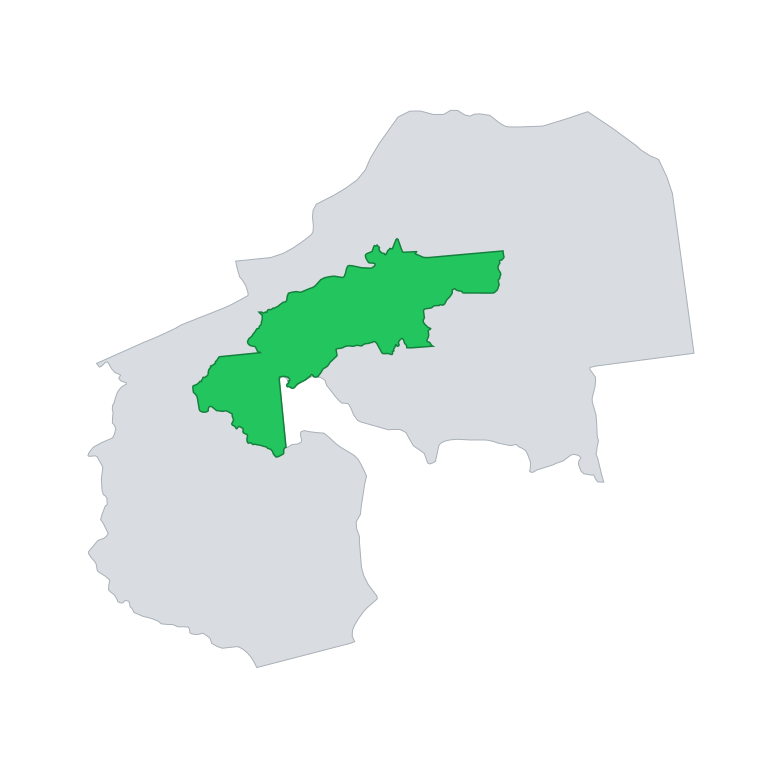 Central highlighted on a map of Zambia, rotated 174°
{"feature_id": "ZMB-516", "entity_name": "Central", "entity_type": "Province", "adm_level": 1, "iso_a3": "ZMB", "parent_name": "Zambia", "parent_adm1": "", "projection": "orthographic", "projection_center": [28.771, -13.872], "detail": "fine", "context": "in_parent", "style": "filled", "palette": "green", "viewbox_px": 768, "rotation_deg": 174, "n_neighbors": 0, "source": "natural_earth", "source_scale": "10m", "svg_char_len": 9803}
<svg xmlns="http://www.w3.org/2000/svg" viewBox="0 0 768 768"><g transform="rotate(174 384 384)"><path d="M518.7,521.7L483.6,521.6L470.9,524.4L460.4,528.7L447.9,535.5L440.6,540.2L438.7,542.8L437.7,548.6L437.7,557.6L436.4,564.0L432.6,569.9L413.8,577.1L401.4,582.9L389.3,589.9L380.2,598.8L374.0,609.9L363.7,623.6L342.2,648.0L329.8,652.7L319.3,651.7L306.5,646.8L296.4,645.9L289.0,649.2L282.1,648.3L275.7,643.2L270.4,641.4L266.1,642.9L260.7,642.7L250.6,640.1L241.8,631.5L237.0,628.0L233.4,626.7L223.0,625.5L199.1,623.9L174.5,628.7L152.9,633.5L130.3,614.7L108.4,594.8L103.8,589.7L95.5,583.1L89.6,579.9L87.3,578.3L81.0,560.2L77.3,543.5L72.5,382.2L171.2,379.7L177.5,378.9L177.8,377.2L173.0,368.7L173.2,365.6L174.3,359.7L178.5,348.0L178.7,344.1L176.4,331.4L176.5,324.3L177.4,309.9L176.6,305.1L178.8,298.6L179.6,294.3L180.5,292.4L179.2,287.5L177.0,270.5L175.7,263.4L181.7,264.3L183.7,267.8L184.9,271.6L187.6,271.8L194.8,273.9L197.3,277.0L199.0,283.9L198.1,287.4L195.8,290.2L198.1,292.7L202.9,294.3L205.7,293.7L213.6,288.9L221.0,287.1L224.7,285.8L241.1,282.5L244.4,280.8L246.7,280.7L248.3,282.0L246.9,286.9L246.5,291.2L248.6,299.3L250.2,303.1L253.6,305.8L256.1,307.2L259.0,310.1L264.7,309.5L277.3,313.5L281.2,315.4L286.5,317.2L290.3,317.9L303.3,319.2L317.0,321.4L324.1,321.5L329.1,320.9L332.7,319.7L334.8,318.3L335.8,317.2L340.9,301.7L343.5,300.5L346.9,299.7L348.9,301.1L351.2,310.8L361.2,319.5L364.6,326.9L367.1,333.2L369.3,334.9L373.0,337.1L379.0,337.8L384.4,338.0L411.1,348.7L414.1,350.7L417.4,356.4L419.3,362.9L421.5,368.0L424.9,369.0L428.0,369.4L431.0,372.9L433.3,376.0L441.2,388.7L442.3,393.8L446.1,397.1L451.3,398.6L456.1,398.8L458.8,397.3L465.7,394.7L471.0,391.7L474.8,390.7L477.1,391.3L478.9,393.4L480.0,399.7L483.8,401.9L486.5,401.0L487.6,398.6L487.7,397.3L487.9,331.0L485.5,331.4L482.4,333.3L475.3,333.5L472.5,334.9L471.7,337.0L472.2,339.8L472.3,343.5L471.3,345.3L468.2,346.0L463.7,344.5L455.6,342.6L448.8,341.4L444.0,336.5L437.4,328.9L433.1,325.2L422.7,317.4L420.9,315.8L417.8,312.1L415.0,305.9L412.4,298.7L411.0,294.2L413.5,287.1L419.6,264.1L421.0,257.0L426.1,249.7L426.4,243.2L424.4,234.9L424.9,230.3L425.6,204.0L424.2,195.7L420.8,186.5L413.2,173.8L413.2,171.0L424.9,162.7L428.3,159.6L434.4,152.8L438.5,147.1L441.1,142.5L442.0,136.5L440.1,130.8L444.1,129.7L540.2,115.3L541.6,119.3L544.5,125.8L547.8,130.6L551.9,134.9L555.4,137.4L557.7,138.2L572.5,138.1L577.8,140.7L582.4,144.0L583.5,149.1L586.5,152.2L589.8,154.8L591.2,155.1L593.6,154.5L597.6,154.5L601.2,155.6L603.0,156.7L603.1,160.9L604.2,162.8L609.2,163.6L614.3,164.0L619.2,166.9L624.5,167.5L630.6,168.8L633.5,171.9L640.0,175.2L647.9,178.1L656.6,182.9L656.8,184.3L658.2,187.1L659.8,189.1L659.9,192.0L660.6,194.7L662.8,195.4L664.7,195.6L666.4,193.7L668.7,193.8L671.3,195.1L672.2,198.2L674.1,202.4L677.3,205.3L679.5,208.1L678.6,213.1L677.2,217.6L681.5,222.2L687.2,226.6L688.7,228.6L689.1,235.0L689.9,237.1L693.7,242.5L695.5,246.1L695.4,248.1L684.8,258.4L678.4,259.9L675.6,262.0L673.9,264.2L677.8,274.8L680.0,278.8L678.1,283.7L673.8,292.1L671.9,292.8L671.5,299.2L672.7,301.6L674.7,303.4L675.5,307.8L675.1,318.6L672.3,330.8L676.8,341.5L678.4,342.7L684.9,342.9L685.9,343.9L684.3,346.9L679.7,351.5L671.5,355.0L659.6,358.8L657.1,362.6L655.4,368.2L656.7,371.6L658.2,373.5L657.6,378.4L656.5,383.6L656.8,387.6L656.2,391.2L654.6,393.0L652.5,398.4L649.8,403.8L647.8,406.3L644.8,408.8L640.1,410.9L640.2,412.0L645.4,414.6L646.7,416.4L647.2,417.6L645.0,420.3L647.4,422.0L650.3,423.5L653.1,427.2L656.2,434.1L656.7,434.8L657.6,434.9L659.4,434.2L662.7,431.5L665.1,430.5L667.8,434.5L618.4,450.6L606.9,453.9L589.6,459.7L584.0,461.8L579.4,464.0L533.6,476.8L526.5,479.3L510.3,486.0L509.7,487.1L509.9,490.1L511.3,496.5L514.1,502.3L516.4,505.6L517.9,514.2L518.7,521.7Z" fill="#d9dde1" stroke="#a8b0b8" stroke-width="1"/><path d="M486.1,402.1L486.9,402.0L487.7,400.3L488.1,331.2L489.3,330.9L489.8,330.5L490.2,329.8L490.7,328.7L490.9,325.9L491.2,325.3L491.5,324.9L496.1,323.0L498.4,322.6L498.7,322.6L499.1,322.8L500.4,324.4L501.4,326.2L501.8,328.3L503.3,330.6L505.0,331.7L506.4,332.1L507.4,333.6L508.6,334.1L509.6,334.3L512.5,335.7L513.8,336.0L515.1,336.6L516.4,336.7L518.1,337.5L518.9,337.7L519.9,337.5L520.8,337.6L521.4,338.1L521.9,339.0L522.7,339.5L523.1,339.6L524.6,339.3L525.1,339.4L525.7,339.9L526.1,340.9L526.1,343.8L525.9,344.4L525.3,345.7L525.3,347.3L525.4,347.9L526.0,348.4L528.6,349.8L529.1,350.5L529.3,351.7L528.8,353.2L528.8,354.1L529.8,355.1L531.3,356.4L532.5,356.9L533.7,356.3L534.8,355.1L535.3,354.9L535.8,355.3L536.5,357.0L536.9,357.5L537.9,358.3L538.9,358.8L539.3,359.3L539.5,359.8L539.5,360.6L539.2,361.1L538.2,362.4L537.4,364.3L538.3,368.0L538.1,369.6L538.2,370.0L538.6,370.4L541.8,372.7L543.9,373.8L544.8,373.9L546.9,373.6L550.1,374.3L551.5,374.8L552.9,374.9L553.6,375.4L557.5,379.3L558.2,379.8L559.6,379.8L560.3,379.5L560.8,378.8L561.4,377.6L561.6,375.8L562.0,375.4L563.5,374.8L566.2,374.8L566.9,374.9L569.0,375.9L569.7,376.5L569.9,376.7L570.2,377.4L570.4,378.3L571.1,390.2L571.4,391.3L572.4,393.3L574.3,395.5L574.5,397.0L574.4,401.6L573.2,402.4L570.7,402.9L569.5,403.6L567.3,405.2L566.6,406.0L566.2,405.7L565.7,405.6L565.3,405.7L564.9,406.9L563.9,408.1L563.3,409.5L562.6,409.6L561.3,409.2L560.8,409.4L560.1,410.2L558.7,410.8L558.0,411.9L557.1,415.8L556.7,416.6L554.4,419.0L554.7,419.8L554.1,420.2L552.6,420.4L550.6,421.7L549.9,421.9L549.4,422.3L549.5,423.2L549.2,424.1L548.0,424.5L547.1,426.0L545.9,427.2L545.6,427.9L545.1,428.1L544.6,428.3L503.5,428.1L503.5,428.3L504.0,428.5L505.9,428.9L506.2,429.2L507.9,434.1L508.1,434.4L509.8,435.2L512.3,435.9L513.1,436.3L514.5,437.6L515.1,438.8L515.3,439.7L515.2,440.5L514.9,441.2L513.7,443.2L513.1,443.6L511.7,444.4L510.5,445.5L509.8,445.9L509.1,447.3L507.2,449.0L504.7,452.2L504.2,452.4L503.2,452.3L502.6,452.5L502.2,453.3L501.9,454.5L501.6,454.8L500.6,455.4L500.0,456.0L499.7,456.9L499.5,458.1L499.2,459.1L498.6,460.2L498.2,462.2L497.9,465.0L498.2,465.5L499.3,466.5L500.8,468.5L498.1,468.3L497.7,468.0L497.2,467.4L496.6,467.2L495.9,467.3L495.1,467.7L494.1,468.0L493.3,467.5L493.1,467.5L492.8,467.9L492.3,469.2L492.0,469.7L491.6,469.8L490.4,470.1L488.6,469.8L488.2,469.8L486.6,471.0L484.8,471.0L480.6,472.7L479.6,473.6L476.4,475.4L475.7,475.9L473.7,475.9L472.8,476.3L472.1,477.4L471.8,478.1L471.0,481.6L469.5,484.3L466.1,484.9L461.7,485.1L457.3,483.9L448.0,486.7L445.3,487.3L442.5,488.5L435.9,494.4L431.8,495.9L427.1,496.4L422.5,496.5L413.9,494.2L412.3,495.1L410.6,498.5L409.3,502.4L407.9,504.9L406.3,505.5L403.2,504.9L394.3,502.0L385.3,500.6L384.0,500.7L383.5,500.9L380.8,502.7L380.4,503.3L380.3,503.9L380.6,504.7L381.4,505.1L382.6,505.5L385.4,505.8L386.2,506.1L386.9,506.8L388.2,509.5L389.0,511.9L389.1,513.7L389.0,514.0L388.6,514.6L387.6,515.4L382.0,517.0L379.8,521.8L379.1,522.6L378.2,522.2L377.3,522.2L376.4,522.9L375.5,521.6L374.3,520.3L374.3,519.9L375.0,519.2L374.7,518.5L374.7,516.8L374.5,516.6L373.7,516.3L373.5,516.1L373.3,515.2L372.9,514.7L370.0,513.7L369.8,513.5L369.9,513.0L369.8,512.7L369.5,512.6L368.7,512.6L368.1,513.0L367.8,514.0L367.2,514.4L367.0,514.6L366.8,515.5L366.5,516.0L365.3,517.0L364.5,517.3L364.2,518.1L363.6,518.2L362.8,517.8L361.8,517.5L361.6,517.5L356.8,526.6L355.9,527.1L355.4,526.3L354.8,526.2L354.8,525.5L351.9,513.7L350.6,512.9L338.3,512.3L337.8,512.2L338.0,511.8L339.2,510.7L339.3,510.4L338.7,509.9L331.7,505.9L329.6,505.4L326.5,505.1L251.7,503.9L251.7,500.1L251.4,498.1L251.5,497.3L253.8,495.0L254.3,494.9L255.7,495.0L256.1,494.7L256.3,494.0L256.2,491.9L257.2,490.8L257.9,489.7L258.4,488.5L258.3,485.9L256.7,482.8L256.5,481.8L256.5,480.7L256.8,479.8L257.5,478.7L257.9,476.9L258.2,476.5L259.3,475.9L259.4,475.7L259.5,473.0L259.2,471.9L259.1,471.0L259.3,470.2L259.9,469.2L260.7,467.2L261.6,465.7L262.1,465.1L262.9,464.7L264.8,463.3L266.7,463.1L295.9,466.3L296.4,466.9L297.2,468.1L298.6,468.6L300.0,468.8L302.3,469.9L303.4,471.3L304.0,471.4L306.3,470.5L306.6,467.6L307.2,466.5L309.4,463.9L312.7,461.2L314.9,457.9L315.3,457.3L316.0,456.8L316.8,456.4L317.7,456.3L319.3,457.0L319.9,457.1L320.2,456.9L320.6,456.4L321.2,456.3L325.5,456.6L326.5,456.3L328.4,455.0L329.2,454.7L335.7,454.4L336.5,453.6L336.8,453.3L337.1,452.4L336.9,445.8L337.2,445.1L338.3,443.4L338.4,442.4L338.3,441.2L337.4,439.5L334.8,436.2L334.1,435.6L332.1,434.5L331.8,434.1L332.1,433.7L333.6,433.1L334.4,432.5L334.5,432.0L334.4,428.5L334.6,427.1L335.1,425.9L336.1,424.3L336.7,423.2L336.8,422.2L336.6,421.8L335.0,421.0L334.3,420.5L333.6,419.7L333.2,418.3L332.9,417.9L332.2,417.1L331.4,416.5L353.0,417.1L357.6,417.7L357.5,419.2L357.9,420.5L359.2,422.2L360.1,426.3L360.6,426.9L361.4,427.4L362.3,427.0L363.7,426.0L364.9,424.6L365.4,423.2L365.0,422.1L364.9,421.3L365.2,420.6L365.7,420.3L366.4,420.1L367.0,420.3L367.3,421.2L368.0,421.8L368.3,421.9L368.6,421.6L368.7,420.4L370.4,418.2L370.8,417.4L370.9,417.0L370.6,416.4L370.8,415.9L371.2,415.6L372.3,415.5L372.4,414.8L372.2,414.1L372.2,413.4L373.0,412.5L374.2,412.7L375.4,413.4L376.6,413.9L381.1,414.2L382.1,414.5L382.9,415.3L386.5,424.1L387.0,425.2L387.7,426.1L388.7,427.0L389.3,427.3L390.1,427.3L391.0,426.7L391.8,426.5L393.2,426.5L394.9,426.0L397.9,426.0L399.7,425.7L400.3,425.5L401.3,424.6L402.4,424.3L403.2,424.4L407.2,425.4L409.7,424.8L411.4,424.8L415.4,425.7L418.8,425.4L419.4,425.2L420.9,424.5L423.0,424.1L427.3,424.0L427.8,423.8L428.1,423.5L427.7,417.4L427.9,416.9L435.7,410.9L437.0,409.1L438.5,407.6L440.4,406.5L442.5,405.7L442.9,405.4L446.3,401.1L448.4,399.0L448.8,398.2L451.8,398.0L453.0,398.6L454.3,400.7L455.1,400.9L455.7,400.6L456.7,399.3L458.7,398.4L461.7,396.3L469.3,393.4L470.4,392.8L473.4,389.8L474.7,389.3L475.9,389.4L476.9,389.9L478.8,391.4L479.5,391.4L480.3,391.3L480.8,391.9L480.9,392.4L480.9,393.0L480.4,394.0L480.0,394.3L479.0,394.5L478.7,394.9L478.6,397.0L477.8,397.2L477.3,397.5L477.3,398.3L477.5,398.9L478.2,400.1L478.6,400.6L479.4,401.0L480.6,401.5L482.7,402.1L486.1,402.1Z" fill="#22c55e" stroke="#15803d" stroke-width="1.5"/></g></svg>